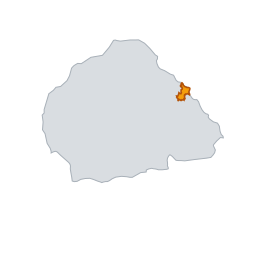 Quebracho, Paysandú, Uruguay shown in context, rotated 129°
{"feature_id": "84410073B73193959772066", "entity_name": "Quebracho", "entity_type": "district", "adm_level": 2, "iso_a3": "URY", "parent_name": "Uruguay", "parent_adm1": "Paysandú", "projection": "albers", "projection_center": [-57.976, -31.953], "detail": "fine", "context": "in_parent", "style": "filled", "palette": "amber", "viewbox_px": 256, "rotation_deg": 129, "n_neighbors": 0, "source": "geoboundaries", "source_scale": "gbopen_adm2", "svg_char_len": 4248}
<svg xmlns="http://www.w3.org/2000/svg" viewBox="0 0 256 256"><g transform="rotate(129 128 128)"><path d="M195.8,172.0L194.4,173.2L192.8,175.5L190.8,181.2L184.6,188.9L183.2,193.3L176.7,197.8L172.0,202.8L169.1,202.6L166.4,204.8L151.1,211.1L145.7,209.7L141.7,209.6L138.1,206.5L129.6,205.2L124.2,206.3L117.0,209.5L114.9,209.4L113.3,209.2L109.5,207.8L107.4,204.8L96.4,201.3L87.6,193.6L77.0,193.4L69.0,194.4L67.7,193.3L66.9,191.4L65.2,188.5L58.3,181.8L52.8,175.1L51.7,168.5L52.4,161.3L54.0,152.8L53.7,150.1L55.8,148.6L57.8,148.3L59.7,146.1L61.5,142.7L61.8,140.2L60.4,135.6L59.5,129.0L58.3,125.8L60.6,120.7L60.7,118.2L59.4,116.0L59.0,113.7L59.6,111.4L59.5,109.2L58.6,107.1L59.3,105.3L61.3,103.9L62.9,101.8L63.9,98.9L64.5,96.7L64.5,95.2L63.8,93.7L62.6,92.4L63.2,89.7L65.6,85.7L67.2,82.1L68.0,79.0L67.9,76.5L67.1,74.6L67.5,73.3L69.0,72.6L69.7,70.6L69.5,65.6L67.9,61.5L69.1,58.2L72.6,54.4L74.4,51.4L74.6,49.0L75.7,47.7L77.3,50.2L82.3,50.9L87.3,51.0L88.1,50.4L90.1,46.3L92.7,45.1L95.6,44.9L98.7,45.1L101.9,47.9L111.1,56.9L117.8,63.2L119.8,66.1L121.6,68.4L122.9,70.4L122.2,75.7L122.3,78.0L122.6,78.7L124.1,78.8L126.4,78.4L128.4,77.3L129.9,75.7L131.4,74.3L132.6,73.6L133.1,72.5L133.8,71.4L134.5,71.1L135.8,72.0L138.9,75.1L141.3,78.0L141.9,79.6L142.8,81.3L143.7,82.7L144.4,84.2L146.7,86.1L149.1,87.3L150.8,86.2L154.7,90.1L163.6,93.6L165.2,95.6L166.7,98.4L169.7,102.7L173.9,106.6L177.3,108.3L180.6,109.3L182.5,110.2L183.7,111.7L185.7,113.3L186.9,114.0L187.3,115.4L188.5,118.5L189.7,122.4L191.1,126.0L194.2,129.5L197.7,132.4L201.5,134.0L203.5,136.0L204.3,138.0L201.7,140.7L198.7,144.2L196.2,147.0L193.6,148.9L192.7,150.2L192.1,152.3L191.6,163.6L191.2,167.7L191.4,168.9L191.7,169.6L193.2,170.8L195.1,171.8L195.8,172.0Z" fill="#d9dde1" stroke="#a8b0b8" stroke-width="1"/><path d="M72.4,110.1L72.5,110.3L72.6,110.1L72.8,110.0L72.6,109.8L72.6,109.7L72.8,109.6L72.8,109.4L73.2,109.4L73.4,109.4L73.4,109.2L73.7,109.0L73.7,108.9L73.8,108.6L73.7,108.4L73.7,108.0L73.6,107.8L73.6,107.6L74.1,107.3L74.3,107.2L74.3,106.9L74.6,106.6L74.9,106.7L75.1,106.6L75.2,106.4L75.2,106.2L74.8,106.0L74.5,106.1L74.3,106.3L74.0,106.3L73.4,105.9L73.4,105.7L73.3,105.4L73.5,104.7L73.4,104.3L73.3,104.1L73.2,104.0L72.8,104.3L72.7,104.2L72.4,103.9L72.2,103.9L72.2,103.5L72.0,103.4L71.5,103.1L71.5,102.7L71.3,102.5L71.0,102.5L71.0,102.2L70.7,102.5L70.5,102.1L70.2,102.1L69.8,102.1L69.7,102.1L69.7,102.3L69.7,102.6L69.4,102.4L69.3,102.5L69.2,102.5L69.3,102.7L69.3,102.9L69.3,103.0L69.0,103.2L68.7,103.3L68.3,103.5L68.1,103.7L68.0,103.8L67.9,103.9L67.8,104.1L67.5,104.1L67.4,104.4L67.1,104.5L66.8,104.5L66.8,104.8L66.7,104.8L66.4,105.0L66.2,104.9L66.2,104.6L66.3,104.5L66.2,104.3L66.0,104.2L65.8,104.1L65.7,104.1L65.4,104.2L65.5,104.3L65.2,104.5L65.1,104.3L64.6,103.8L64.3,103.7L64.2,103.5L64.0,103.2L63.6,103.1L63.6,102.6L63.4,102.4L63.8,102.1L63.7,101.9L63.4,102.0L63.5,101.6L63.5,101.4L63.1,101.7L63.0,101.4L62.9,101.5L62.7,101.7L62.6,101.8L62.5,102.0L62.4,102.3L62.3,102.5L62.2,102.7L62.2,102.8L62.0,103.0L61.9,103.1L61.8,103.3L61.7,103.4L61.6,103.5L61.4,103.6L61.2,103.6L60.8,103.7L60.6,103.7L60.5,103.8L60.3,103.8L60.1,103.9L59.9,104.0L59.6,104.1L59.4,104.2L59.3,104.3L59.1,104.3L58.7,104.5L58.4,104.7L58.3,104.8L58.2,105.0L58.1,105.3L58.2,105.5L58.3,105.7L58.3,106.0L58.4,106.3L58.5,106.5L58.7,106.8L58.8,106.9L58.9,107.0L59.0,107.1L59.3,107.4L59.4,107.5L59.5,107.9L59.6,108.1L59.6,108.3L59.6,108.6L59.7,108.9L59.7,109.0L59.8,109.1L59.9,109.3L60.1,109.6L60.1,109.8L60.1,110.0L60.1,110.3L60.1,110.5L60.1,110.9L60.0,111.2L60.0,111.5L59.9,112.0L59.7,112.3L59.4,112.5L59.2,112.8L59.2,113.0L59.1,113.4L59.1,113.6L59.0,113.8L59.0,114.0L58.9,114.2L58.9,114.4L58.9,114.5L59.9,114.5L60.2,114.5L60.2,114.3L60.3,114.0L60.4,113.6L60.9,113.5L61.3,113.3L61.4,113.9L61.5,114.0L61.9,114.0L62.3,113.7L62.7,113.2L62.7,112.5L62.6,112.3L62.4,112.3L62.3,112.2L62.2,111.8L62.5,111.5L62.6,111.3L62.8,111.4L62.9,111.2L62.8,110.8L63.5,110.6L63.9,110.3L64.5,110.7L64.9,110.8L65.1,110.5L65.3,110.5L65.4,110.2L65.8,110.1L66.1,109.8L66.5,109.6L66.7,109.1L66.8,108.8L67.1,108.6L67.5,108.8L67.8,108.5L68.1,108.4L68.3,108.7L68.5,109.9L68.5,110.7L69.3,110.2L69.5,110.2L69.7,109.9L70.2,109.7L70.6,109.8L70.8,109.6L71.3,109.6L71.5,109.4L71.9,109.4L72.4,110.1Z" fill="#f59e0b" stroke="#b45309" stroke-width="1.5"/></g></svg>